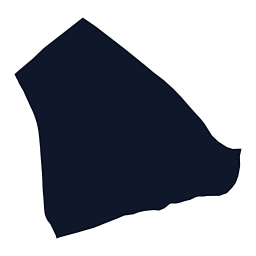 Beausejour/Fostin'S Development, Gros Islet, Saint Lucia (Robinson projection)
{"feature_id": "8701671B34711583072149", "entity_name": "Beausejour/Fostin'S Development", "entity_type": "district", "adm_level": 2, "iso_a3": "LCA", "parent_name": "Saint Lucia", "parent_adm1": "Gros Islet", "projection": "robinson", "projection_center": [-60.93, 14.075], "detail": "fine", "context": "isolated", "style": "filled", "palette": "ink", "viewbox_px": 256, "rotation_deg": 0, "n_neighbors": 0, "source": "geoboundaries", "source_scale": "gbopen_adm2", "svg_char_len": 2218}
<svg xmlns="http://www.w3.org/2000/svg" viewBox="0 0 256 256"><path d="M240.6,149.5L239.1,149.5L232.5,149.7L226.6,147.8L217.8,142.1L211.4,136.0L203.9,124.1L200.8,120.1L191.5,109.9L180.9,97.7L172.6,89.1L163.3,80.7L152.8,72.7L144.8,66.0L143.9,65.2L142.1,63.8L140.5,62.5L124.3,49.4L118.7,45.1L95.8,27.4L82.8,18.5L70.6,28.1L66.1,31.6L48.5,45.3L44.3,48.6L32.8,59.6L28.0,63.6L18.9,71.3L15.4,74.4L15.7,75.0L16.4,76.5L17.0,77.8L17.7,78.9L18.3,79.9L18.7,80.9L19.2,82.0L19.7,83.1L20.2,84.1L20.9,85.2L21.5,86.4L22.2,87.5L22.9,88.7L23.4,89.6L23.7,90.1L24.2,90.9L24.7,92.1L25.3,93.5L25.9,94.8L26.4,96.0L26.9,97.2L27.5,98.4L28.1,99.7L28.7,101.0L29.3,102.3L29.9,103.7L30.5,105.1L31.1,106.5L31.8,107.9L32.5,109.3L33.2,110.8L33.8,112.2L34.4,113.7L35.0,115.2L35.5,116.7L36.0,118.1L36.5,119.6L36.9,121.0L37.3,122.3L37.6,123.5L37.9,124.8L38.2,126.1L38.5,127.4L38.7,128.8L39.0,130.2L39.2,131.6L39.4,133.0L39.6,134.4L39.7,135.8L39.9,137.2L40.0,138.7L40.1,140.1L40.2,141.5L40.4,142.9L40.5,144.3L40.6,145.7L40.8,147.1L40.9,148.4L41.0,149.8L41.0,151.2L41.1,152.5L41.2,153.8L41.3,155.1L41.4,156.4L41.5,157.7L41.6,158.9L41.7,160.2L41.8,161.4L41.9,162.6L42.0,163.8L42.1,165.0L42.2,166.3L42.2,167.7L42.4,169.1L42.5,170.6L42.7,171.9L42.7,173.0L42.7,174.2L42.8,175.5L42.9,176.7L43.0,177.9L43.0,179.3L43.1,180.6L43.1,182.0L43.2,183.4L43.2,184.7L43.3,186.1L43.3,187.5L43.4,188.9L43.5,190.3L43.6,191.7L43.7,193.2L43.9,194.6L44.0,196.0L44.1,197.5L44.2,198.9L44.3,200.4L44.4,201.8L44.5,203.1L44.6,204.3L44.7,205.6L44.7,206.7L44.8,207.9L44.9,209.1L45.0,210.2L45.1,211.2L45.2,212.2L45.4,213.1L45.6,214.0L45.8,214.9L46.1,215.7L46.4,216.6L46.7,217.4L47.1,218.3L47.5,219.1L47.9,219.8L48.3,220.4L48.9,221.1L49.5,221.9L50.1,222.6L50.6,223.3L51.0,223.8L56.7,235.7L57.0,237.5L58.4,237.0L59.5,236.6L79.7,231.1L84.7,229.6L93.3,227.2L102.1,223.7L110.2,220.5L119.0,217.0L124.0,214.8L127.8,214.3L133.3,213.5L138.3,211.6L144.1,210.3L149.1,209.7L154.1,209.3L159.0,209.8L164.1,207.6L169.6,203.1L171.5,202.7L175.5,202.8L178.5,202.3L184.7,200.4L190.2,199.0L195.9,196.3L198.9,195.7L203.7,195.7L207.2,195.2L214.2,195.1L219.2,195.1L226.5,192.5L231.5,187.4L235.0,182.6L237.6,175.8L239.4,165.9L239.1,156.0L240.6,149.5Z" fill="#0f172a" stroke="#020617" stroke-width="1.5"/></svg>